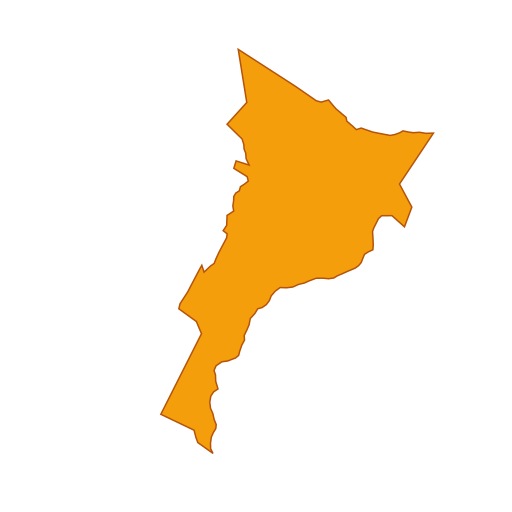 Condado, Paraíba, Brazil (Mercator projection), rotated 209°
{"feature_id": "56859067B6390679089384", "entity_name": "Condado", "entity_type": "district", "adm_level": 2, "iso_a3": "BRA", "parent_name": "Brazil", "parent_adm1": "Paraíba", "projection": "mercator", "projection_center": [-37.624, -6.87], "detail": "fine", "context": "isolated", "style": "filled", "palette": "amber", "viewbox_px": 512, "rotation_deg": 209, "n_neighbors": 0, "source": "geoboundaries", "source_scale": "gbopen_adm2", "svg_char_len": 1826}
<svg xmlns="http://www.w3.org/2000/svg" viewBox="0 0 512 512"><g transform="rotate(209 256 256)"><path d="M160.4,449.5L166.8,445.7L173.1,443.4L178.2,440.1L182.6,438.4L188.1,436.7L190.1,433.4L193.4,429.6L197.1,426.5L206.5,423.4L213.9,421.0L222.3,419.5L226.0,418.9L229.5,415.2L233.6,416.2L242.0,418.0L244.4,420.9L250.0,422.0L257.4,423.5L261.0,424.8L268.2,427.6L273.6,422.2L278.6,421.0L303.7,423.5L371.7,428.1L338.5,385.8L345.2,357.2L324.9,351.6L320.7,347.6L318.3,343.8L314.8,340.9L311.8,336.3L306.1,332.2L319.5,329.5L317.9,321.9L302.2,321.1L299.1,317.8L300.8,313.6L303.2,309.1L302.2,304.9L304.2,301.2L304.3,297.3L302.5,293.8L300.5,288.5L297.3,284.5L301.0,277.5L298.9,273.3L296.5,268.6L297.0,262.2L292.0,261.4L290.5,257.7L290.2,241.6L289.7,234.6L289.0,229.2L290.9,225.3L292.0,221.8L293.6,216.7L298.9,221.6L298.9,216.3L298.5,197.8L298.3,191.6L299.3,177.4L297.9,172.4L276.4,169.8L266.0,161.6L262.5,71.4L225.7,73.6L220.5,68.1L216.4,64.6L197.9,62.5L202.2,65.4L205.1,70.3L207.3,76.1L207.7,81.0L207.5,85.6L209.1,89.3L213.3,92.7L217.4,97.3L221.9,100.7L225.6,105.8L227.6,111.6L227.2,116.6L224.8,121.3L230.5,126.9L233.8,132.4L237.2,135.5L237.7,140.7L234.6,146.9L229.7,150.6L227.2,153.7L224.5,156.8L223.0,160.7L224.1,164.9L225.2,171.1L225.3,177.0L227.8,180.7L228.1,186.7L228.7,192.5L230.7,198.5L229.1,205.3L228.9,210.7L225.7,213.8L223.4,218.5L222.7,223.5L223.4,228.6L222.1,234.7L219.6,240.1L213.9,243.0L208.8,246.7L204.9,251.9L200.6,255.8L197.3,260.2L192.6,265.7L186.6,269.1L181.5,271.3L177.3,274.5L175.1,278.3L171.9,282.4L167.6,288.1L163.3,293.6L161.6,297.3L160.8,301.2L161.4,305.6L161.9,310.1L159.8,314.0L156.8,318.1L158.8,322.5L161.9,327.6L166.0,334.0L166.6,338.0L166.8,343.5L167.0,348.1L165.6,352.2L160.7,354.9L156.7,357.2L140.3,353.5L143.4,374.3L165.4,388.5L160.4,449.5Z" fill="#f59e0b" stroke="#b45309" stroke-width="1.5"/></g></svg>